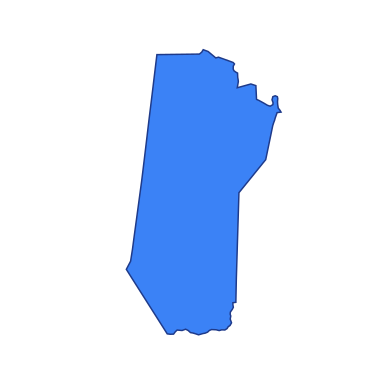 Gonçalves Dias, Maranhão, Brazil, rotated 127°
{"feature_id": "56859067B78550029694036", "entity_name": "Gonçalves Dias", "entity_type": "district", "adm_level": 2, "iso_a3": "BRA", "parent_name": "Brazil", "parent_adm1": "Maranhão", "projection": "mercator", "projection_center": [-44.192, -5.155], "detail": "fine", "context": "isolated", "style": "filled", "palette": "blue", "viewbox_px": 384, "rotation_deg": 127, "n_neighbors": 0, "source": "geoboundaries", "source_scale": "gbopen_adm2", "svg_char_len": 1233}
<svg xmlns="http://www.w3.org/2000/svg" viewBox="0 0 384 384"><g transform="rotate(127 192 192)"><path d="M253.7,90.6L234.3,104.6L164.3,154.1L121.8,152.6L90.3,167.5L87.1,168.6L85.0,169.2L83.3,169.9L81.5,170.5L77.4,171.8L74.6,169.0L73.8,170.9L73.1,173.6L70.6,176.2L68.5,178.0L65.7,179.8L64.5,181.2L65.1,183.5L67.2,184.8L70.2,183.6L71.9,181.0L73.6,180.0L76.4,181.2L77.3,183.8L77.8,188.2L78.6,193.7L79.2,196.2L68.6,205.0L70.3,210.0L81.5,218.6L76.0,221.4L74.6,222.7L72.9,224.5L69.6,227.2L69.9,229.1L69.9,231.5L69.0,233.1L66.6,234.8L64.2,235.1L63.8,237.0L64.5,239.5L68.4,252.0L70.6,253.7L70.1,263.7L71.6,268.7L74.4,268.4L77.4,269.1L103.4,302.7L117.2,294.7L137.0,283.2L160.9,269.4L180.1,258.2L194.2,250.0L213.2,239.0L244.0,221.7L261.5,211.9L273.7,205.0L284.2,199.4L293.3,197.9L297.1,187.9L320.2,126.4L318.7,123.8L316.6,121.2L313.6,121.2L311.2,120.8L308.6,116.6L305.4,114.5L304.9,111.7L305.2,108.6L304.2,106.7L303.2,104.1L302.1,100.8L298.5,98.1L296.9,96.6L294.5,95.2L292.1,94.8L290.1,93.6L287.5,89.8L286.3,86.9L284.2,85.3L282.4,82.7L280.0,81.8L277.7,82.0L275.8,81.3L272.7,81.7L270.5,85.0L267.7,86.4L266.6,88.0L264.8,89.1L261.5,89.2L259.2,89.6L257.4,91.5L255.8,92.7L253.7,90.6Z" fill="#3b82f6" stroke="#1e3a8a" stroke-width="1.5"/></g></svg>